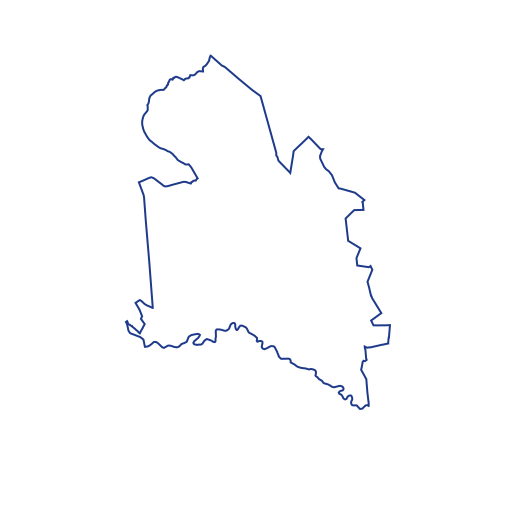 the district of Krapes pag., Ogre, Latvia, rotated 215°
{"feature_id": "27541924B6924780899124", "entity_name": "Krapes pag.", "entity_type": "district", "adm_level": 2, "iso_a3": "LVA", "parent_name": "Latvia", "parent_adm1": "Ogre", "projection": "albers", "projection_center": [25.205, 56.742], "detail": "fine", "context": "isolated", "style": "outline", "palette": "blue", "viewbox_px": 512, "rotation_deg": 215, "n_neighbors": 0, "source": "geoboundaries", "source_scale": "gbopen_adm2", "svg_char_len": 6108}
<svg xmlns="http://www.w3.org/2000/svg" viewBox="0 0 512 512"><g transform="rotate(215 256 256)"><path d="M431.5,317.2L431.2,317.0L430.4,316.3L428.9,314.2L428.4,313.3L428.3,312.1L428.6,308.1L428.6,307.1L428.4,306.1L428.0,304.6L427.3,302.9L426.7,301.4L425.9,300.2L424.5,298.3L421.4,295.5L419.0,293.8L413.8,291.3L410.4,290.1L408.7,289.8L407.0,289.8L403.5,289.4L398.0,289.3L396.0,289.5L393.3,290.5L390.4,291.1L388.4,291.2L386.6,291.8L384.7,291.8L382.5,291.7L381.3,291.3L378.3,290.8L375.4,289.8L373.7,289.8L370.6,290.1L368.9,290.4L366.4,290.5L364.7,291.6L363.7,292.5L360.0,291.5L348.3,286.1L348.7,285.2L348.7,284.6L348.6,283.6L348.6,283.2L349.7,282.5L350.1,282.0L350.5,281.6L350.5,280.8L350.6,280.4L351.3,279.6L351.2,279.1L351.0,278.5L350.9,278.1L351.1,277.9L356.0,276.4L357.0,275.8L358.1,275.0L365.9,265.7L368.2,262.8L369.6,261.4L370.8,260.7L372.0,260.5L374.0,260.7L384.2,261.1L386.8,260.5L388.0,259.2L392.0,252.6L394.2,249.2L382.9,241.4L382.2,240.6L381.4,239.9L366.7,221.9L340.1,190.0L310.8,154.3L310.9,154.2L317.6,152.9L319.8,152.8L323.9,153.4L325.8,153.3L325.9,153.2L326.1,152.9L327.8,148.5L320.6,145.2L314.7,141.3L314.2,138.5L308.1,136.4L307.7,132.6L307.5,132.0L307.3,128.9L306.8,126.0L307.5,126.0L310.2,126.6L312.2,126.7L313.0,126.9L317.3,127.2L317.6,127.5L318.1,127.2L320.5,127.2L321.5,126.9L321.9,126.9L322.7,127.8L324.2,128.7L324.7,127.4L322.4,126.1L317.5,121.6L314.8,120.6L304.3,123.2L300.3,123.0L294.9,117.9L294.0,118.7L293.1,119.4L292.5,120.4L291.9,121.4L291.5,122.6L291.1,123.8L290.5,126.5L290.2,127.1L289.7,127.6L288.4,128.2L287.1,128.4L285.2,128.2L280.8,127.5L279.3,127.7L278.6,128.1L276.8,131.9L276.0,132.7L274.5,133.5L270.6,134.7L268.6,135.7L267.8,136.5L267.2,137.5L266.9,138.7L266.7,139.4L266.7,140.5L266.4,141.3L266.0,141.9L265.7,142.5L265.0,143.2L263.6,145.9L263.7,147.0L263.9,147.3L264.2,148.8L264.5,149.8L264.7,150.6L264.6,151.7L264.3,152.6L263.9,153.4L263.7,154.0L262.0,155.9L259.6,158.3L258.7,159.0L257.8,159.2L256.7,159.2L256.4,158.2L256.4,155.9L257.7,150.7L257.5,148.9L257.0,148.6L256.3,148.3L255.2,148.5L253.0,149.6L251.7,150.9L250.7,151.5L249.9,152.5L249.6,153.8L249.6,155.1L249.8,156.3L249.5,157.2L249.5,157.6L248.8,159.6L248.3,159.9L244.8,160.9L243.3,161.2L242.4,161.1L241.2,161.3L240.3,161.9L240.2,162.7L240.8,163.7L241.9,165.3L242.5,166.9L245.9,171.4L246.2,172.3L246.1,173.2L245.7,173.6L243.3,175.2L240.3,176.3L239.2,176.6L237.8,177.4L237.1,178.6L236.6,179.9L236.4,181.1L237.2,184.2L237.4,185.8L236.9,187.1L236.3,188.0L235.2,188.7L234.4,188.4L233.4,187.6L232.8,186.6L231.4,185.2L230.1,184.4L229.3,184.3L228.9,184.9L228.8,186.2L229.0,187.0L229.0,187.9L228.9,189.9L227.2,191.1L223.3,191.7L221.6,191.2L218.3,189.3L216.7,189.3L215.1,189.6L211.3,189.9L208.1,189.4L207.6,188.7L207.0,187.4L206.6,186.8L205.8,186.6L205.5,186.7L204.8,188.0L204.0,188.8L202.3,189.5L201.6,189.4L200.7,188.4L200.0,186.6L199.6,185.9L199.4,185.1L198.9,184.6L197.4,184.0L195.5,184.6L193.8,187.3L193.4,188.4L192.1,190.7L191.2,191.4L190.0,192.0L189.0,192.2L187.7,191.8L186.3,190.9L183.6,189.6L182.7,188.8L180.2,187.3L179.6,186.7L176.8,186.2L175.6,186.7L175.2,187.1L170.7,190.4L169.5,190.9L168.5,190.8L167.4,189.9L166.8,189.0L166.5,188.7L162.7,189.2L158.7,189.1L156.6,189.6L154.5,190.4L150.7,192.4L148.0,193.3L147.3,193.6L146.5,194.8L144.4,195.8L142.2,196.3L140.8,195.8L140.1,195.0L139.7,194.4L138.7,192.2L138.0,191.9L136.1,191.9L133.8,191.3L130.4,191.6L128.1,190.8L127.2,190.8L123.5,192.1L121.4,192.4L118.5,192.5L117.4,192.9L116.3,193.7L113.3,197.3L112.6,197.9L110.9,198.5L109.4,198.4L108.5,197.8L108.0,197.3L107.8,196.3L107.9,195.7L109.5,193.7L109.8,192.7L109.9,192.0L109.8,191.5L109.4,191.2L108.3,190.9L106.9,191.3L105.7,191.1L104.2,190.4L103.3,189.8L102.4,189.5L101.4,189.5L100.7,189.7L100.1,190.4L99.9,191.1L100.2,192.1L100.2,193.5L99.8,194.8L99.3,195.4L98.4,196.1L97.6,196.1L96.4,195.4L95.6,194.7L95.0,193.9L94.7,192.8L94.5,191.3L93.6,189.9L92.4,189.2L91.7,189.0L90.3,189.6L89.6,190.1L88.1,191.3L87.0,191.3L86.3,191.0L84.6,190.7L83.5,190.3L83.2,190.4L82.3,191.0L81.5,191.8L81.2,192.8L80.7,195.6L80.3,196.7L79.1,197.8L77.8,197.7L77.7,197.9L79.4,200.2L86.5,208.1L95.0,218.4L104.6,223.1L106.2,226.9L107.9,230.5L107.7,231.5L107.8,231.8L106.7,232.2L106.4,232.6L105.8,234.4L106.3,234.7L107.1,235.4L112.6,241.9L114.5,243.5L115.0,244.2L112.4,244.6L110.9,246.1L110.2,246.4L101.4,256.1L101.2,256.2L97.5,260.2L97.9,260.6L100.5,265.2L100.3,265.4L106.6,276.2L110.3,273.4L116.9,268.7L120.0,266.6L124.7,269.2L123.7,272.0L123.6,272.3L120.6,281.1L136.7,288.1L139.9,290.3L139.9,290.2L145.0,294.8L149.9,298.9L152.8,311.4L156.4,313.5L157.1,311.6L167.6,306.3L172.5,311.9L174.8,322.2L189.2,321.3L204.1,338.1L202.8,345.3L201.8,350.0L194.4,355.4L199.2,361.0L199.9,361.2L199.3,364.0L211.3,364.6L225.7,359.6L226.9,358.8L227.1,358.8L233.6,361.5L240.0,365.7L244.9,367.2L248.6,367.3L251.5,368.2L259.1,372.5L259.6,373.0L260.9,374.6L262.1,379.5L262.3,381.9L264.4,380.6L277.5,383.2L281.3,383.8L283.4,372.9L283.5,372.8L285.3,363.6L284.2,361.3L284.0,361.1L275.6,343.7L276.0,343.8L292.1,346.9L293.2,347.7L295.4,349.5L296.6,349.8L297.2,350.1L298.5,352.1L344.0,389.6L354.5,389.8L373.0,391.3L390.1,393.0L393.1,392.4L407.6,394.1L408.1,394.0L407.8,392.4L407.6,391.7L406.4,389.0L406.4,388.3L406.3,385.2L406.5,383.4L406.6,382.8L407.3,381.2L407.5,380.4L407.2,379.3L406.9,378.8L405.2,376.8L408.1,375.1L408.6,374.8L408.9,374.4L409.7,372.6L409.8,370.6L410.2,369.3L410.4,368.8L411.4,367.7L413.5,366.5L412.9,364.0L413.2,363.9L413.4,363.4L413.5,362.5L415.0,361.4L415.2,361.0L415.7,360.2L415.7,359.4L415.9,358.6L417.4,358.5L422.9,357.5L423.3,357.4L424.6,356.7L425.2,355.6L425.2,355.4L425.1,355.2L425.2,354.9L425.7,354.7L425.9,354.5L425.9,354.1L425.5,353.2L425.5,352.6L426.5,352.4L427.5,351.7L427.6,351.3L427.7,350.8L427.6,350.0L427.2,348.8L427.3,347.4L427.0,347.0L426.4,345.9L426.6,345.1L426.8,344.9L426.8,344.6L426.7,344.2L426.4,343.7L426.5,343.3L426.3,342.6L426.5,342.1L426.8,341.0L426.8,339.6L426.9,339.3L427.3,338.8L428.7,337.9L429.8,337.0L431.7,334.9L432.3,333.9L433.0,332.3L433.9,328.5L434.3,327.3L434.3,326.1L433.8,323.8L432.5,321.5L431.8,319.8L431.6,319.0L431.5,317.9L431.6,317.5L431.5,317.2Z" fill="none" stroke="#1e3a8a" stroke-width="2"/></g></svg>